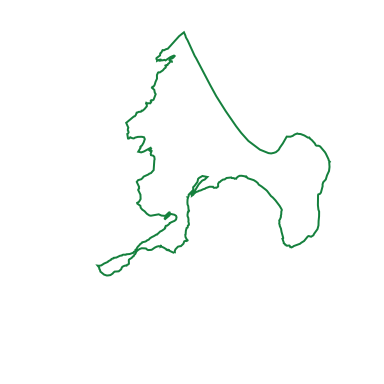 As Salif, Al Hudaydah, Yemen, rotated 223°
{"feature_id": "15242507B64792839712750", "entity_name": "As Salif", "entity_type": "district", "adm_level": 2, "iso_a3": "YEM", "parent_name": "Yemen", "parent_adm1": "Al Hudaydah", "projection": "orthographic", "projection_center": [42.691, 15.273], "detail": "fine", "context": "isolated", "style": "outline", "palette": "green", "viewbox_px": 384, "rotation_deg": 223, "n_neighbors": 0, "source": "geoboundaries", "source_scale": "gbopen_adm2", "svg_char_len": 6076}
<svg xmlns="http://www.w3.org/2000/svg" viewBox="0 0 384 384"><g transform="rotate(223 192 192)"><path d="M307.7,297.2L307.4,280.3L308.4,278.7L309.2,276.4L310.1,276.0L310.3,275.7L309.5,272.8L309.8,272.4L309.7,271.6L308.5,270.1L309.3,265.8L308.9,265.1L307.3,264.6L307.0,264.2L306.4,266.0L305.6,267.0L305.1,266.1L304.3,267.0L304.1,267.8L303.3,268.2L302.3,269.8L301.1,270.2L299.8,275.9L299.0,277.8L298.2,279.5L297.4,279.6L297.3,277.6L297.8,275.7L298.7,274.2L298.2,273.0L295.8,273.8L295.6,273.5L296.9,272.9L296.6,270.5L296.9,269.5L296.5,268.1L297.2,267.6L297.7,266.4L296.4,265.9L296.5,265.4L296.1,264.6L296.4,263.7L296.3,261.0L297.1,257.5L298.2,256.6L298.2,255.9L297.4,253.6L294.9,251.0L293.8,247.7L292.6,245.3L292.2,244.2L292.1,242.7L292.7,242.0L292.4,240.9L289.3,241.0L287.0,239.3L285.3,238.8L283.1,233.4L283.5,231.9L284.4,231.4L284.3,230.4L283.2,229.8L283.0,228.4L284.0,227.6L284.9,226.5L286.3,226.1L286.0,225.4L284.7,225.1L283.5,223.9L283.3,220.2L283.6,217.7L284.3,217.1L284.0,216.4L284.2,215.8L285.8,214.0L286.1,212.7L286.6,212.3L285.6,209.9L285.5,208.4L286.0,207.6L286.2,206.4L287.3,197.7L282.4,195.6L281.8,194.2L280.7,193.1L280.1,193.1L279.0,192.3L278.7,191.1L278.9,190.3L275.3,187.5L274.7,187.9L274.4,188.9L274.5,189.9L272.4,190.6L271.1,191.5L270.7,193.0L269.1,195.5L266.3,198.2L264.4,199.3L262.6,198.5L261.1,195.2L260.3,191.9L260.6,190.6L260.5,189.6L259.8,189.4L258.8,184.8L256.2,186.3L254.9,188.6L252.4,196.1L251.4,195.8L251.3,194.3L251.6,193.4L250.4,193.5L250.2,194.1L249.5,194.4L248.4,191.9L247.1,191.0L245.1,192.1L243.6,192.0L241.7,190.5L241.2,189.5L235.0,181.9L234.9,177.9L235.8,176.1L235.8,175.3L237.9,170.2L237.7,168.9L237.8,166.8L239.5,163.9L239.3,161.7L234.1,159.6L233.5,158.5L233.1,158.4L232.8,156.8L227.9,154.9L224.8,151.8L224.1,148.7L224.7,146.6L224.0,146.2L220.4,146.7L218.8,145.5L216.4,145.2L213.6,145.6L210.2,145.3L207.2,145.8L205.9,146.6L201.1,153.0L198.3,153.9L195.4,156.2L195.1,157.6L194.9,161.3L194.5,161.8L194.0,161.6L193.8,161.0L193.9,158.9L194.2,157.6L194.0,156.6L194.1,154.4L193.8,153.9L193.2,153.9L192.5,159.6L193.0,160.8L192.7,161.4L189.3,163.4L187.4,163.7L186.1,163.0L184.9,161.0L185.1,158.9L185.5,158.1L186.7,155.3L186.8,154.3L187.1,154.1L186.9,153.8L186.9,152.6L187.2,150.5L188.0,149.5L188.0,148.9L187.4,148.1L187.5,147.6L187.0,147.3L186.9,146.5L187.7,142.8L188.3,141.5L188.6,136.9L189.0,136.7L189.8,133.7L190.6,131.7L191.2,129.4L191.1,127.8L192.0,125.6L191.9,125.0L192.4,123.8L194.0,121.4L193.9,121.3L194.0,120.3L194.4,118.2L194.2,117.2L194.3,115.5L194.2,114.1L193.6,112.1L193.9,111.3L193.1,110.8L193.7,108.4L193.5,107.5L195.3,104.1L197.6,101.6L197.6,101.0L199.4,99.4L200.0,98.5L199.9,97.8L201.2,96.2L202.6,92.5L204.3,90.5L204.1,90.3L204.1,90.0L205.2,88.1L205.0,87.2L206.0,84.2L205.9,83.4L207.5,79.7L208.3,76.4L209.7,74.6L210.8,73.8L208.7,73.5L207.9,73.2L207.5,72.6L206.1,72.2L204.7,71.3L200.0,71.6L197.4,72.8L196.6,73.6L195.0,75.6L194.4,78.3L194.5,79.5L194.3,81.0L191.5,84.0L191.1,87.1L191.8,88.9L191.9,89.9L191.2,91.7L190.5,92.9L189.9,93.2L189.6,93.6L189.8,94.5L189.3,95.4L189.2,96.5L191.5,98.8L191.9,99.4L191.9,100.1L191.2,102.5L191.2,104.7L190.9,105.2L191.4,107.1L191.2,107.9L192.1,110.7L191.8,113.3L191.2,115.1L190.4,116.6L188.4,118.3L187.1,119.3L185.4,119.3L184.5,119.6L182.3,121.9L182.0,122.5L181.3,125.9L180.5,128.0L179.3,129.8L177.7,130.8L178.6,132.3L177.6,130.7L177.5,131.0L174.9,132.0L171.4,132.7L171.2,132.4L170.4,132.6L169.9,133.6L169.4,133.8L169.2,133.4L164.2,135.0L164.1,135.8L164.4,135.8L163.5,136.3L164.4,137.2L165.0,138.8L165.0,142.4L163.9,144.1L163.2,144.8L163.0,148.3L164.0,150.6L163.5,151.8L162.8,152.1L162.2,153.3L162.3,153.7L163.3,153.7L166.0,154.6L167.8,156.2L167.8,156.7L170.0,159.4L171.4,162.0L171.0,162.8L171.1,163.3L172.1,164.6L171.9,165.9L172.9,166.9L174.5,167.9L175.3,169.0L177.1,170.6L178.6,171.2L179.6,172.1L181.3,174.5L181.5,175.1L181.1,175.2L181.3,176.2L182.8,177.0L185.1,179.1L186.7,179.8L188.2,181.2L190.1,183.4L191.0,185.0L191.5,185.1L191.3,185.3L191.4,185.9L191.9,187.1L192.6,187.8L192.5,193.9L193.1,195.2L194.0,195.7L194.5,196.8L194.3,197.8L194.9,203.1L196.5,205.8L196.4,207.2L195.3,210.8L191.0,213.5L191.2,209.8L192.3,207.4L192.3,202.1L190.7,194.7L191.0,190.4L190.6,189.6L189.7,189.7L189.5,189.4L189.2,190.9L189.4,192.2L189.0,194.7L187.9,196.8L187.7,197.7L186.7,199.1L185.7,201.7L184.8,203.1L184.6,204.2L182.7,207.9L180.2,210.1L179.7,209.9L178.8,210.0L177.3,211.7L177.1,211.7L176.8,212.5L176.6,213.8L178.5,215.8L178.9,217.6L178.4,218.5L178.4,219.8L177.8,222.2L176.7,223.5L176.3,225.8L173.2,229.4L172.5,229.3L170.8,230.7L169.8,230.8L169.5,231.4L168.8,231.9L169.0,232.2L168.9,234.3L168.3,236.2L166.8,237.7L164.2,239.4L163.1,239.8L163.1,240.3L162.8,240.3L162.8,239.8L161.5,240.2L160.6,240.1L154.9,242.8L152.1,243.3L149.9,243.4L148.3,242.9L144.9,243.5L139.3,244.0L137.8,244.0L131.4,242.9L129.3,243.1L125.3,242.8L118.4,241.6L115.4,240.7L114.3,240.3L113.9,239.9L113.4,238.7L111.5,236.5L110.7,235.0L110.0,234.5L109.1,232.2L108.8,230.7L107.6,229.7L106.6,228.3L105.3,227.7L104.8,227.1L102.0,225.9L99.3,223.9L94.1,220.7L93.7,220.2L94.0,219.5L90.2,217.5L89.9,217.1L88.7,217.3L88.0,217.0L87.4,217.3L86.4,217.2L85.7,217.7L84.4,219.2L83.9,219.3L82.5,218.7L82.0,219.3L81.4,219.4L80.9,220.7L80.7,221.9L77.7,227.8L77.5,229.4L76.6,232.6L77.0,238.4L76.6,239.4L74.4,240.5L73.7,243.1L74.2,244.7L74.9,250.4L76.7,253.8L79.6,257.1L82.5,260.9L85.7,264.4L87.5,265.3L91.0,268.3L97.7,275.7L98.0,276.4L97.2,277.8L97.3,279.5L100.4,285.3L101.7,286.6L102.7,288.6L102.7,292.4L104.6,296.2L106.1,300.8L108.5,304.1L111.9,307.3L111.8,308.1L113.4,308.3L114.6,309.1L120.2,311.3L121.9,311.8L129.3,312.7L130.9,312.2L132.5,310.8L133.4,310.6L135.3,311.3L139.9,311.7L142.2,311.5L142.8,311.8L143.5,311.8L143.7,311.3L144.4,310.8L148.3,310.0L152.0,308.5L154.2,306.8L154.9,306.6L156.2,303.9L156.6,301.7L157.8,299.5L160.5,297.1L158.7,289.5L158.0,284.3L157.6,283.0L157.4,281.6L157.8,278.4L158.8,276.5L160.4,274.2L162.6,272.6L171.2,269.3L185.6,267.8L196.5,268.8L204.7,270.2L222.4,274.1L239.5,278.6L251.9,282.7L280.1,292.6L282.9,293.4L298.6,299.9L301.9,300.9L303.5,301.9L306.8,303.3L307.7,297.2Z" fill="none" stroke="#15803d" stroke-width="2"/></g></svg>